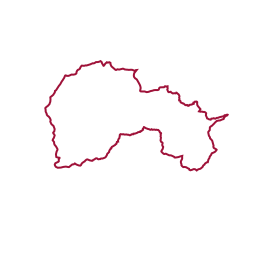 outline of Arboledas, Norte de Santander, Colombia, rotated 43°
{"feature_id": "7082276B9880094240393", "entity_name": "Arboledas", "entity_type": "district", "adm_level": 2, "iso_a3": "COL", "parent_name": "Colombia", "parent_adm1": "Norte de Santander", "projection": "albers", "projection_center": [-72.83, 7.605], "detail": "fine", "context": "isolated", "style": "outline", "palette": "rose", "viewbox_px": 256, "rotation_deg": 43, "n_neighbors": 0, "source": "geoboundaries", "source_scale": "gbopen_adm2", "svg_char_len": 5810}
<svg xmlns="http://www.w3.org/2000/svg" viewBox="0 0 256 256"><g transform="rotate(43 128 128)"><path d="M207.2,112.2L207.3,111.1L207.9,109.7L208.6,108.7L208.8,108.1L209.1,105.6L208.6,104.1L208.9,102.5L208.6,101.8L208.6,101.3L209.1,99.2L209.7,98.6L208.3,96.2L208.0,94.3L207.3,93.2L207.1,90.9L206.6,89.7L206.6,89.0L207.0,88.4L207.8,86.4L207.9,85.1L207.7,83.5L207.2,83.4L204.7,84.0L204.1,84.0L203.2,83.5L202.7,82.6L198.3,79.9L197.2,79.7L195.1,79.6L194.5,79.1L193.7,78.7L192.5,78.5L189.9,76.7L189.4,76.1L189.2,73.8L187.4,71.6L187.6,69.7L187.9,69.0L187.9,67.3L188.0,66.0L187.9,64.9L188.1,62.4L189.1,60.8L190.1,59.8L191.3,57.0L191.7,56.5L191.8,56.1L191.3,55.1L191.1,52.8L191.5,52.2L192.0,51.0L191.8,50.4L191.4,50.6L190.6,52.1L190.0,52.7L189.9,53.2L190.0,53.6L190.0,54.1L189.4,54.9L187.6,57.6L186.8,59.3L186.0,60.1L185.6,61.5L185.3,61.8L184.0,62.4L183.7,63.1L182.6,64.3L182.8,65.5L181.1,66.5L179.6,66.8L179.3,67.0L178.6,66.6L176.3,65.6L175.1,63.9L173.9,63.8L172.7,64.3L171.9,65.1L171.2,65.4L170.6,65.8L170.1,66.5L168.6,67.4L168.1,64.8L164.1,64.3L163.1,64.0L161.9,63.0L161.0,61.9L160.6,61.8L160.1,61.9L159.8,62.4L159.0,63.0L159.0,63.9L158.5,64.8L158.6,65.0L159.4,65.2L159.6,65.5L158.7,66.8L158.7,67.3L157.3,69.0L157.3,69.3L157.4,69.8L157.1,70.2L156.9,70.8L156.4,70.9L156.0,70.6L155.8,70.7L155.4,70.9L154.9,71.8L154.0,72.2L151.9,72.2L151.1,72.8L150.6,72.8L149.3,73.3L148.9,73.3L148.0,72.6L147.3,72.6L146.8,72.9L146.6,72.7L146.4,72.8L146.2,72.7L145.9,71.7L144.6,70.8L144.0,69.7L143.5,69.4L142.1,68.9L140.3,69.1L139.6,69.0L139.2,69.2L139.3,69.7L139.2,70.2L138.0,71.1L137.3,72.1L135.6,72.5L134.5,72.4L133.5,73.9L132.7,74.1L130.5,73.1L130.2,72.2L128.9,71.0L128.5,70.5L128.2,70.8L127.7,71.7L126.7,72.1L126.5,72.5L126.6,73.1L126.5,73.7L124.0,76.1L123.7,76.6L123.6,77.4L124.2,78.7L124.3,78.9L124.2,79.4L123.6,80.3L122.5,81.2L121.2,82.6L120.4,84.1L119.4,85.5L118.5,87.3L117.9,88.2L117.1,89.1L115.3,89.9L113.4,91.7L112.2,92.6L111.7,92.6L111.3,92.3L110.2,90.4L109.5,89.7L108.1,88.8L107.2,88.4L104.9,87.6L101.7,86.6L101.1,86.5L99.3,86.8L98.0,86.6L97.4,86.4L96.6,85.8L95.6,84.5L95.1,83.5L94.8,79.7L94.2,80.4L93.7,81.7L93.5,81.9L91.7,82.4L90.5,83.3L88.9,85.0L88.0,85.6L87.2,86.3L85.5,87.5L84.5,87.7L83.8,88.1L81.7,91.3L80.2,92.3L80.0,92.9L79.9,93.4L79.2,94.0L73.9,94.2L71.9,93.4L71.4,93.1L70.9,92.4L70.3,92.4L69.4,92.7L69.0,93.5L68.5,94.1L67.7,94.3L67.5,96.5L67.8,98.2L67.8,99.1L67.6,99.2L64.7,98.3L63.9,97.8L62.3,97.8L61.8,99.0L61.1,100.2L59.6,101.7L59.3,103.1L58.9,104.0L58.0,104.8L57.8,105.3L57.3,106.3L57.2,106.8L55.3,110.1L54.9,110.7L54.4,111.0L53.5,112.4L52.6,113.2L51.7,113.8L51.6,114.7L51.7,115.1L51.9,116.5L52.4,117.3L52.1,119.0L51.7,119.6L51.7,120.8L52.2,122.2L53.0,123.3L53.0,123.7L52.7,124.8L51.6,126.3L50.2,127.5L49.6,129.1L49.0,130.3L48.6,130.8L47.7,131.6L46.7,131.9L46.4,132.2L46.3,132.4L46.4,133.0L47.1,134.8L47.4,136.5L47.6,137.3L47.8,139.1L48.6,142.3L48.7,144.3L49.6,149.2L49.6,149.8L49.3,150.6L50.3,152.1L50.3,152.9L50.7,154.5L50.6,155.9L50.2,158.3L50.4,158.7L51.6,159.7L53.2,161.7L53.7,162.8L54.0,163.6L54.3,164.1L54.3,166.6L54.0,168.0L53.9,169.7L54.1,170.0L55.4,170.9L56.3,171.9L56.9,172.3L58.7,173.0L59.6,173.7L60.9,173.9L62.3,173.7L64.4,174.1L65.6,174.7L66.1,175.0L66.7,176.2L67.4,176.6L69.4,177.4L72.1,177.3L75.1,178.8L76.4,180.8L76.4,182.3L76.6,182.6L77.3,182.9L78.4,183.0L79.4,183.4L80.5,185.8L80.7,187.0L81.2,188.3L83.5,188.7L84.7,189.8L85.7,190.3L88.0,190.6L90.5,191.4L91.0,191.7L91.4,192.3L91.8,193.8L93.2,196.3L95.3,198.1L96.6,197.6L97.7,196.8L98.2,196.5L98.5,196.8L98.7,198.1L100.1,199.6L100.1,200.2L99.8,200.9L98.9,203.3L99.3,204.6L100.1,205.2L101.7,205.6L103.7,205.0L105.9,202.7L107.3,200.5L108.9,198.6L111.1,197.2L111.5,196.8L112.1,192.7L112.3,192.4L113.1,191.6L113.3,190.2L115.2,189.9L117.4,189.0L118.5,188.3L118.8,188.0L118.9,187.2L118.5,186.0L118.4,184.8L118.8,182.8L119.1,182.1L119.0,181.1L119.2,179.4L119.8,178.6L122.2,177.7L124.1,176.5L124.4,176.0L124.3,175.0L124.8,174.1L125.1,172.6L125.3,172.0L126.0,171.4L126.4,171.3L127.2,171.3L127.9,170.9L128.3,170.2L128.9,169.6L128.9,169.2L129.2,168.6L130.2,167.7L131.3,165.5L131.5,164.3L131.2,163.2L131.2,162.6L130.7,161.6L130.4,160.8L130.6,160.0L130.5,159.5L130.6,158.7L130.5,158.3L130.1,157.9L129.7,156.8L129.6,156.4L129.7,155.4L129.3,154.9L129.6,154.3L129.3,154.1L129.1,152.7L129.3,152.3L130.2,149.0L130.0,148.3L130.3,147.7L130.3,147.4L129.4,145.8L130.1,144.7L129.5,144.3L129.2,143.9L128.6,142.4L128.6,141.3L128.0,140.5L127.8,139.9L127.4,139.6L127.2,139.2L126.7,138.6L126.7,138.4L126.7,137.7L127.1,137.6L127.6,136.9L128.4,136.3L128.7,135.8L129.8,135.3L131.5,133.6L132.1,133.4L133.1,132.5L134.0,132.3L134.8,131.4L134.8,130.6L135.1,129.9L136.1,129.1L136.2,128.9L135.9,128.4L137.1,127.1L138.1,125.0L138.2,124.2L139.6,122.5L139.6,122.3L139.3,121.8L139.8,121.4L139.9,121.1L140.0,120.0L140.2,119.0L139.9,118.8L139.6,118.8L139.4,118.5L139.4,117.5L139.0,116.5L139.1,116.4L141.4,115.9L142.2,115.5L143.1,115.2L144.0,114.6L145.5,114.1L145.8,113.7L146.1,112.8L147.0,112.7L148.3,111.2L149.4,110.6L149.9,109.9L150.8,109.4L151.4,108.8L153.3,108.9L153.7,109.1L154.1,109.4L154.6,109.5L155.0,109.5L155.4,109.2L155.6,109.2L155.9,109.4L156.3,110.5L156.9,110.9L157.5,111.9L158.6,112.5L160.3,114.9L160.7,115.1L161.6,115.5L162.0,115.5L162.8,115.2L163.6,115.4L164.5,117.0L165.2,117.5L166.4,117.7L166.7,117.9L167.7,119.8L168.0,121.7L168.4,122.4L168.5,122.5L169.9,122.6L171.2,122.6L172.2,122.4L173.2,121.0L176.7,119.9L178.0,118.8L178.6,118.5L181.1,117.7L181.6,117.6L182.1,117.8L182.4,117.6L182.9,117.2L184.7,114.9L185.6,113.1L186.7,111.4L186.9,111.7L186.9,112.0L187.7,112.6L188.6,113.6L189.0,114.7L189.0,115.2L189.5,116.4L190.5,117.4L191.8,118.0L192.5,118.8L193.5,119.0L195.1,118.9L195.9,117.9L197.6,116.9L198.7,116.8L200.5,116.2L201.3,116.7L202.4,116.4L203.3,115.0L204.0,113.4L204.6,112.8L205.5,112.3L207.2,112.2Z" fill="none" stroke="#9f1239" stroke-width="2"/></g></svg>